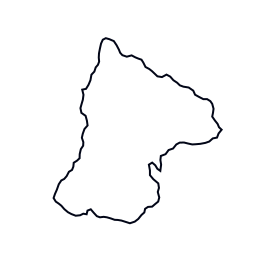 Argirita, Minas Gerais, Brazil, rotated 345°
{"feature_id": "56859067B34459368726080", "entity_name": "Argirita", "entity_type": "district", "adm_level": 2, "iso_a3": "BRA", "parent_name": "Brazil", "parent_adm1": "Minas Gerais", "projection": "mercator", "projection_center": [-42.832, -21.628], "detail": "fine", "context": "isolated", "style": "outline", "palette": "ink", "viewbox_px": 256, "rotation_deg": 345, "n_neighbors": 0, "source": "geoboundaries", "source_scale": "gbopen_adm2", "svg_char_len": 1814}
<svg xmlns="http://www.w3.org/2000/svg" viewBox="0 0 256 256"><g transform="rotate(345 128 128)"><path d="M218.0,153.9L216.1,150.8L215.6,147.2L213.9,143.3L212.3,138.8L214.0,135.4L215.6,131.6L215.6,126.5L214.5,123.4L211.9,120.6L208.2,119.6L204.6,116.3L201.4,113.2L200.7,108.8L197.1,104.6L192.2,102.4L189.1,100.2L187.2,97.0L184.2,93.6L182.1,89.3L179.0,86.4L174.0,87.6L169.8,85.7L167.8,82.4L165.9,79.3L163.8,76.5L160.7,73.6L159.7,68.7L158.7,65.5L155.9,63.6L153.3,61.6L150.3,58.8L145.3,58.8L141.4,56.2L139.9,53.3L139.5,50.0L138.4,45.1L136.8,40.4L133.0,37.4L129.8,35.5L126.5,36.2L123.8,39.5L121.5,43.9L119.3,48.4L118.0,52.4L117.3,56.4L115.3,59.2L112.5,61.1L110.1,64.8L106.5,67.0L104.1,72.1L101.0,76.1L97.6,79.3L93.7,79.1L93.6,84.4L91.7,89.0L89.5,92.6L87.2,96.5L86.9,101.3L90.2,105.3L90.2,110.4L89.6,115.1L85.7,117.7L82.8,121.9L80.9,125.5L81.2,130.1L80.1,133.5L77.0,136.2L74.6,140.7L73.4,144.7L70.2,146.4L66.6,147.5L65.2,151.2L63.1,154.0L59.6,155.0L56.3,158.6L53.2,160.7L50.0,161.4L46.6,164.4L43.3,169.2L40.4,172.8L38.0,176.4L39.2,180.4L41.6,183.2L43.5,185.8L45.5,189.9L48.2,193.8L51.1,196.5L54.8,199.2L59.2,199.9L62.6,199.2L65.7,200.6L67.5,197.3L71.0,196.9L72.9,200.9L75.1,205.1L77.8,207.0L81.5,207.5L84.5,208.8L88.0,210.9L91.3,213.2L94.4,214.2L97.7,215.7L101.0,217.8L105.2,220.5L110.3,220.2L114.4,218.5L118.5,215.5L121.9,213.8L123.6,210.5L126.9,209.4L131.0,210.2L134.3,208.6L138.1,206.9L140.2,203.2L140.2,197.5L142.4,193.9L142.9,189.3L139.2,184.0L137.0,179.2L138.2,174.7L138.7,168.8L142.4,167.7L144.7,171.1L145.8,175.0L148.1,177.8L150.5,172.0L151.0,167.3L152.5,163.5L157.5,163.0L161.5,159.8L166.2,159.5L170.4,156.4L174.1,155.5L178.3,156.5L182.1,158.6L185.8,160.5L189.2,161.2L193.7,162.0L198.9,162.4L203.0,162.1L207.2,160.0L211.5,160.3L214.1,156.7L218.0,153.9Z" fill="none" stroke="#020617" stroke-width="2"/></g></svg>